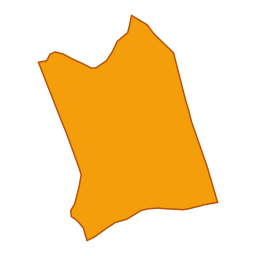 outline of Santa Maria do Cambucá, Pernambuco, Brazil
{"feature_id": "56859067B44765551907851", "entity_name": "Santa Maria do Cambucá", "entity_type": "district", "adm_level": 2, "iso_a3": "BRA", "parent_name": "Brazil", "parent_adm1": "Pernambuco", "projection": "equal_earth", "projection_center": [-35.886, -7.823], "detail": "fine", "context": "isolated", "style": "filled", "palette": "amber", "viewbox_px": 256, "rotation_deg": 0, "n_neighbors": 0, "source": "geoboundaries", "source_scale": "gbopen_adm2", "svg_char_len": 737}
<svg xmlns="http://www.w3.org/2000/svg" viewBox="0 0 256 256"><path d="M38.4,62.2L61.7,121.6L66.3,132.8L78.8,167.1L81.2,174.7L79.3,185.6L74.7,204.0L70.7,210.6L71.3,216.5L77.2,220.7L83.3,227.9L87.0,240.6L94.6,236.9L107.3,227.7L115.4,222.5L126.6,219.3L140.9,210.6L148.0,208.8L157.9,208.1L162.3,208.5L166.7,208.8L173.0,209.1L183.2,209.7L187.7,209.0L194.1,207.4L199.2,206.2L204.6,204.7L209.4,203.8L217.6,202.4L207.3,167.3L204.3,158.5L191.4,121.4L188.6,110.1L185.6,100.3L173.5,52.8L162.8,42.5L154.0,33.9L147.0,24.7L139.8,20.4L131.5,15.4L129.2,26.9L127.7,32.6L117.3,41.3L112.2,52.0L106.4,60.8L96.0,67.8L91.4,68.2L81.8,63.2L71.9,58.8L63.3,54.1L55.2,51.9L50.1,54.2L46.6,60.8L38.4,62.2Z" fill="#f59e0b" stroke="#b45309" stroke-width="1.5"/></svg>